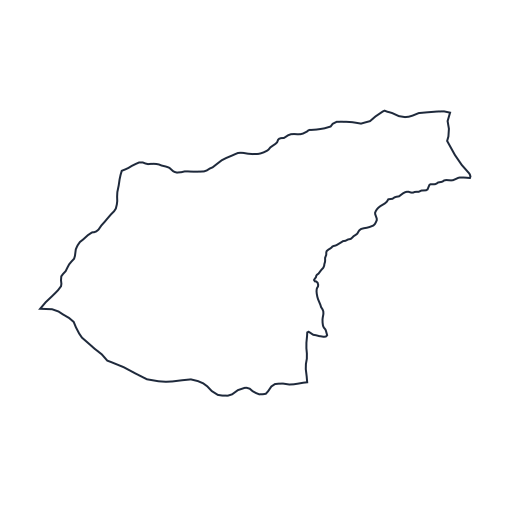 Drugyelgang, Daga, Bhutan, rotated 87°
{"feature_id": "84629894B98684691838312", "entity_name": "Drugyelgang", "entity_type": "district", "adm_level": 2, "iso_a3": "BTN", "parent_name": "Bhutan", "parent_adm1": "Daga", "projection": "mercator", "projection_center": [90.024, 26.986], "detail": "fine", "context": "isolated", "style": "outline", "palette": "slate", "viewbox_px": 512, "rotation_deg": 87, "n_neighbors": 0, "source": "geoboundaries", "source_scale": "gbopen_adm2", "svg_char_len": 4234}
<svg xmlns="http://www.w3.org/2000/svg" viewBox="0 0 512 512"><g transform="rotate(87 256 256)"><path d="M387.7,308.0L388.6,307.2L392.7,301.4L393.6,297.1L394.0,291.4L392.9,287.1L389.0,281.1L387.1,274.3L387.1,272.3L388.2,269.2L390.8,266.5L392.9,263.1L394.3,260.0L394.4,256.2L394.1,253.4L391.7,251.0L387.1,247.5L384.9,243.8L384.7,240.3L384.8,235.8L386.1,229.4L386.1,225.1L385.7,221.0L385.0,215.2L384.8,211.5L378.9,211.7L373.1,212.1L371.5,212.2L366.4,211.8L361.2,210.6L356.2,210.3L350.7,210.5L347.2,210.3L345.3,210.2L338.5,209.2L335.0,208.8L334.4,207.5L335.4,206.0L336.7,204.3L337.7,202.9L338.2,200.5L338.9,198.3L339.3,197.2L339.6,195.4L340.2,192.8L340.2,191.2L339.9,190.1L338.8,189.1L336.6,189.6L334.7,190.0L333.3,190.4L332.2,191.1L331.2,191.9L329.9,192.5L328.6,192.8L325.9,193.0L322.8,192.9L320.6,192.5L318.2,191.9L316.9,191.7L314.8,191.7L312.9,192.3L310.4,193.7L308.3,194.2L302.4,196.3L299.9,196.9L296.8,197.3L294.4,197.4L292.2,197.1L291.0,196.6L289.7,195.7L288.1,195.4L285.9,195.9L284.6,197.2L284.4,198.5L283.0,199.3L281.8,198.5L280.4,197.3L278.8,196.8L277.9,196.1L276.9,194.5L274.0,192.1L273.0,191.2L271.5,189.6L270.5,189.0L269.1,188.4L267.8,188.2L265.5,187.4L264.1,187.2L261.5,187.1L258.5,185.8L255.9,185.6L254.7,185.1L253.3,183.2L252.7,182.0L251.5,180.1L250.6,179.3L250.1,178.1L249.7,176.0L249.2,174.7L246.8,170.2L245.7,168.3L245.5,165.9L244.3,163.2L243.9,160.5L242.4,158.6L241.4,157.6L240.1,155.3L239.0,153.7L236.7,152.2L235.8,151.5L234.6,149.8L234.3,148.7L233.9,146.7L233.6,143.9L233.0,141.1L231.7,137.2L230.3,135.6L228.5,134.5L226.5,133.5L224.8,133.5L220.4,134.8L219.0,134.8L217.2,133.9L215.7,132.8L214.2,131.3L212.7,129.2L210.8,125.6L210.2,124.5L208.6,122.5L206.3,120.9L206.0,116.7L204.7,114.6L204.2,112.7L203.9,110.0L202.7,108.3L201.0,105.7L200.1,103.7L199.8,102.3L199.8,100.5L200.8,97.7L200.9,95.8L200.4,94.3L200.3,93.1L200.3,91.6L200.4,90.2L199.3,87.4L199.3,85.3L199.3,82.8L198.5,81.2L195.3,79.7L194.0,79.0L193.5,78.0L193.7,74.7L193.6,73.1L192.9,71.5L192.1,70.3L191.7,66.8L191.3,65.6L190.4,64.2L190.1,62.0L190.5,58.9L190.7,57.2L190.6,55.3L189.5,52.3L188.6,50.1L188.3,48.6L188.5,44.9L188.6,43.6L189.3,38.3L187.8,37.7L185.7,38.2L184.4,39.0L175.8,45.8L165.5,52.1L151.1,59.1L146.7,57.6L139.1,56.7L131.3,57.6L123.0,54.7L121.4,60.7L121.2,67.4L121.5,78.3L121.8,86.0L124.0,92.3L124.9,96.1L125.1,99.9L123.8,106.0L120.4,112.5L119.4,115.3L118.8,117.3L117.6,120.0L118.3,121.8L122.9,129.4L127.3,135.1L128.4,140.3L129.3,144.2L128.2,149.1L127.4,152.9L126.7,158.9L126.4,163.8L126.2,168.4L128.0,172.5L130.6,174.7L132.1,181.0L132.6,185.6L132.9,189.2L133.0,194.2L132.9,196.0L133.4,197.3L134.4,198.6L136.2,202.7L136.7,205.3L136.6,208.3L136.2,211.5L136.2,214.7L137.1,217.6L138.8,220.5L139.6,222.0L139.6,224.8L140.1,226.7L141.0,227.8L143.6,229.0L145.1,230.8L146.6,233.3L148.3,236.0L150.4,237.9L151.4,239.4L152.9,242.9L153.8,246.1L154.2,248.6L154.0,254.3L153.4,258.8L152.4,263.2L152.1,266.1L152.2,268.7L153.2,271.5L154.4,274.6L156.6,280.7L158.6,285.2L161.9,290.0L165.2,294.7L166.2,297.5L168.0,300.7L168.8,303.5L168.8,307.2L168.6,312.8L168.3,316.6L167.9,320.0L167.8,322.9L168.4,326.1L168.5,329.2L168.6,330.5L167.8,332.9L166.9,334.4L164.9,336.4L163.5,337.8L162.7,339.4L161.9,341.5L160.7,345.6L159.5,348.2L158.9,350.7L158.6,353.2L158.5,356.5L158.6,359.0L157.8,361.7L156.7,364.1L156.6,366.0L156.5,367.9L157.7,371.1L159.5,375.3L161.4,378.8L162.6,381.8L163.9,385.6L167.9,387.0L172.3,388.2L178.3,389.4L184.8,391.1L186.5,391.3L189.6,391.6L193.9,391.7L197.3,392.3L201.3,393.5L203.9,395.4L206.8,398.6L211.3,402.9L213.8,405.2L217.4,408.8L221.4,411.9L222.3,413.1L223.2,414.5L223.8,416.5L223.8,418.3L224.5,419.6L226.4,422.8L230.4,427.7L232.8,431.1L235.9,433.5L237.5,434.4L239.9,435.6L246.4,436.8L249.2,437.8L251.9,440.6L254.5,443.0L257.3,444.7L261.2,446.9L263.8,449.6L266.1,451.5L270.0,452.0L273.6,451.8L276.0,452.3L279.8,455.5L282.3,458.2L286.0,462.4L291.1,468.4L297.4,474.3L298.5,462.4L301.1,456.1L304.2,451.9L308.2,445.8L312.3,441.5L317.7,439.6L324.1,436.7L328.4,434.1L334.4,427.9L340.2,422.0L346.1,415.2L352.7,410.0L354.4,406.1L360.2,393.8L366.8,382.9L373.4,371.4L376.0,359.9L376.9,352.5L376.9,346.0L376.2,336.1L376.1,333.8L375.8,327.5L377.9,320.5L378.6,319.1L380.4,315.4L383.6,311.5L387.7,308.0Z" fill="none" stroke="#1e293b" stroke-width="2"/></g></svg>